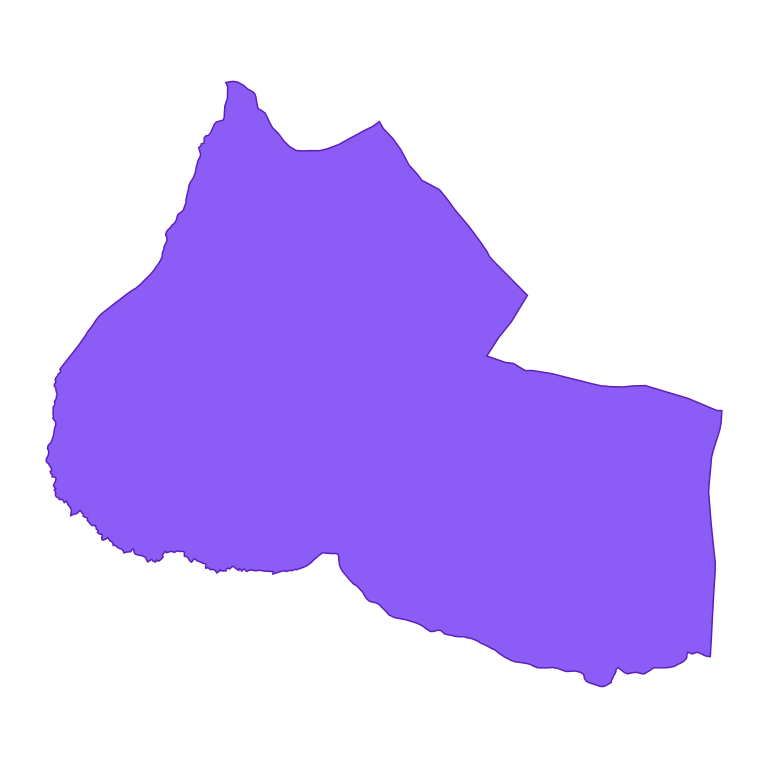 the district of Basedth, Kâmpóng Spœ, Cambodia
{"feature_id": "14789045B19080448821327", "entity_name": "Basedth", "entity_type": "district", "adm_level": 2, "iso_a3": "KHM", "parent_name": "Cambodia", "parent_adm1": "Kâmpóng Spœ", "projection": "robinson", "projection_center": [104.498, 11.199], "detail": "fine", "context": "isolated", "style": "filled", "palette": "violet", "viewbox_px": 768, "rotation_deg": 0, "n_neighbors": 0, "source": "geoboundaries", "source_scale": "gbopen_adm2", "svg_char_len": 6020}
<svg xmlns="http://www.w3.org/2000/svg" viewBox="0 0 768 768"><path d="M379.3,121.6L373.1,126.2L363.7,130.8L358.2,133.9L351.4,137.5L338.6,144.6L327.3,148.8L319.7,150.7L310.2,150.7L301.4,150.9L296.2,150.5L289.7,146.7L283.7,140.8L278.4,133.5L272.7,127.9L269.4,122.2L268.0,118.7L265.1,113.1L263.5,111.9L261.4,110.4L258.9,109.1L258.0,108.4L257.1,104.2L255.8,96.6L254.8,93.9L253.1,92.0L249.9,90.2L248.4,89.5L246.9,88.3L243.3,85.2L237.7,82.1L233.3,81.4L229.2,81.8L225.8,82.6L227.7,86.8L227.4,98.3L224.9,105.8L224.4,112.2L224.2,117.5L223.0,120.1L216.2,122.1L214.4,124.1L210.9,132.1L210.0,133.7L208.3,135.4L205.8,135.9L204.2,137.9L204.1,143.0L203.0,143.5L201.3,143.8L201.1,145.5L198.7,147.7L199.9,151.7L200.5,153.5L200.3,156.3L198.1,160.4L196.2,167.4L195.4,172.3L193.2,178.0L190.1,182.7L189.1,185.2L188.0,191.1L187.3,193.7L185.9,200.3L186.2,202.2L184.1,207.7L183.4,210.1L181.9,211.5L179.9,213.1L178.5,213.9L177.5,215.5L176.1,220.6L174.2,223.5L172.5,224.7L170.5,227.4L168.0,229.8L166.6,231.6L165.6,234.6L166.4,236.8L167.1,238.1L166.7,240.9L165.8,243.4L164.5,245.7L163.8,247.8L164.1,249.2L162.5,252.1L162.3,254.2L162.3,255.8L161.9,257.4L160.7,259.9L158.9,263.1L156.1,266.9L153.9,270.3L149.9,274.9L146.3,278.5L143.0,281.7L140.7,284.2L136.0,288.1L131.3,290.9L125.9,294.8L121.6,298.2L115.7,302.6L106.1,310.2L102.1,313.3L98.9,316.4L96.0,320.1L92.4,325.7L87.7,331.7L85.6,335.3L78.0,346.2L75.5,349.3L59.9,369.2L60.9,371.2L59.8,372.8L58.3,373.9L57.6,375.6L55.8,377.9L55.2,379.9L55.9,381.9L54.8,383.8L54.1,385.5L54.7,386.7L55.7,388.1L56.1,390.6L56.4,392.2L57.2,394.3L56.2,397.0L56.3,398.5L55.2,400.3L54.4,401.3L55.1,403.6L54.1,405.9L53.1,407.3L53.2,409.7L53.0,413.5L53.5,416.5L52.8,418.0L54.3,420.3L55.6,421.8L55.8,425.0L54.7,427.8L54.0,431.9L53.8,434.4L52.0,440.0L50.8,442.6L49.0,444.6L48.0,445.9L47.5,448.6L48.5,450.7L48.7,453.7L47.7,456.4L46.7,458.1L46.1,460.9L47.1,462.7L48.8,463.6L49.2,465.2L50.8,467.4L51.5,468.6L51.4,470.8L50.2,471.6L51.1,473.7L52.4,475.0L52.0,476.8L54.7,477.2L56.1,478.3L55.4,481.3L54.1,483.6L53.5,485.9L55.7,488.5L54.3,489.4L55.8,493.2L55.3,494.5L56.0,496.5L57.4,497.5L59.0,498.2L59.2,499.5L62.3,499.3L63.5,501.1L64.3,502.6L66.4,501.2L67.0,502.3L67.8,504.4L68.5,505.4L70.6,507.9L71.4,510.5L70.7,515.6L74.2,514.0L75.8,514.0L77.6,513.0L80.1,510.5L81.7,512.6L83.4,514.4L83.2,516.3L85.7,517.5L87.5,517.9L87.3,520.3L90.0,523.5L92.0,525.5L95.4,525.6L96.1,527.6L96.3,529.1L98.3,530.3L97.4,532.5L100.0,534.3L101.7,533.9L102.2,535.9L101.8,537.5L101.7,539.0L102.7,540.2L105.5,539.3L107.8,537.5L109.1,539.5L109.7,540.8L111.5,541.5L113.1,543.7L113.1,545.4L115.1,545.2L117.0,547.0L120.1,548.8L121.7,549.1L123.3,551.1L124.0,553.0L125.8,552.2L130.7,551.7L132.3,549.3L133.6,549.3L134.0,551.8L135.1,554.1L138.0,555.0L142.3,555.8L145.7,557.6L147.0,560.9L148.1,561.9L149.5,560.8L151.8,559.3L153.0,561.1L155.2,562.1L156.8,560.0L158.0,561.1L159.3,560.8L161.8,558.7L163.1,557.1L162.4,555.3L164.1,552.3L165.3,551.3L166.2,552.7L168.0,552.3L169.8,551.6L172.0,551.4L174.3,552.4L177.2,550.9L180.0,551.6L182.2,551.3L184.5,552.2L184.3,554.9L184.4,556.2L186.4,556.6L187.7,557.4L189.3,560.3L191.4,562.2L192.6,561.0L193.9,558.9L195.6,559.5L197.0,560.9L198.4,561.3L201.3,562.3L202.6,563.3L205.3,563.6L206.3,565.3L205.4,566.6L206.0,568.4L207.6,567.7L209.6,568.8L210.5,569.8L213.0,569.3L215.3,570.5L216.7,572.9L218.6,571.9L220.2,569.9L221.0,570.8L222.2,570.7L223.6,571.1L224.8,570.7L225.9,571.0L226.4,569.1L228.0,568.0L229.5,569.0L231.8,567.0L233.3,566.3L235.9,568.6L237.1,569.3L238.7,570.4L238.9,569.0L241.0,569.8L241.7,571.1L243.1,569.5L244.2,568.9L245.6,570.7L246.9,571.5L249.4,570.1L251.3,570.0L254.8,570.7L257.4,570.7L258.9,570.0L260.4,570.4L264.8,571.1L268.1,571.3L273.4,571.6L272.8,574.0L274.9,573.4L282.1,571.1L284.7,570.9L286.9,571.5L290.0,570.3L292.4,570.7L294.9,569.3L296.3,569.8L303.4,567.3L307.3,565.5L311.3,562.4L315.0,558.8L319.1,555.3L322.7,552.8L331.9,553.6L335.6,553.5L337.9,554.1L338.7,556.5L338.9,560.3L339.5,565.0L340.9,568.6L343.2,572.2L349.3,579.4L351.4,581.7L353.4,583.9L357.0,585.9L358.8,587.9L363.0,592.6L364.4,595.5L366.4,598.3L368.4,600.5L370.7,601.7L375.0,602.6L376.6,603.1L379.7,604.9L380.9,606.4L382.7,608.2L385.4,610.8L389.0,614.9L394.8,617.7L405.5,619.7L411.9,621.6L416.9,623.2L422.1,625.7L426.2,628.8L430.3,631.5L433.8,631.4L437.6,630.2L441.0,630.6L444.5,633.8L448.0,634.8L451.9,635.4L455.2,636.4L460.2,636.8L464.1,636.8L468.1,637.9L471.9,638.7L477.2,640.8L481.1,643.3L484.4,644.6L488.3,646.6L491.7,648.6L494.8,649.8L498.8,653.1L504.2,656.8L511.5,660.6L515.2,661.8L519.7,662.4L525.6,663.3L528.5,663.9L531.5,664.9L533.0,666.0L538.0,667.8L546.1,667.9L552.5,667.5L558.2,668.5L564.0,670.8L566.4,671.5L570.7,671.3L575.1,671.0L580.4,672.3L583.8,674.6L584.4,678.4L585.3,679.9L586.4,681.3L589.3,682.8L595.6,684.8L599.8,686.3L602.1,686.6L604.5,686.2L607.4,684.8L609.1,683.7L611.2,682.5L611.2,681.2L614.2,674.8L615.1,673.5L616.0,671.3L615.9,669.6L618.0,667.6L624.0,672.2L627.4,673.9L629.1,673.4L633.7,672.5L636.0,672.4L637.6,672.6L640.1,673.2L642.0,673.8L643.9,674.0L647.7,671.8L650.9,669.8L653.1,668.1L655.0,667.8L664.1,667.8L667.9,667.6L672.0,667.0L675.2,666.0L677.8,664.3L680.1,663.4L683.0,661.8L685.8,659.2L686.8,657.3L686.9,654.0L687.6,652.5L690.0,652.9L691.4,653.8L693.7,653.5L695.6,652.7L697.6,652.3L700.8,653.6L702.4,654.3L703.8,655.2L705.5,655.9L707.2,656.3L710.3,656.7L711.3,639.1L712.7,612.1L713.8,592.1L715.1,572.5L715.3,562.4L714.2,553.2L711.2,524.2L708.6,491.8L709.3,481.9L710.8,466.3L711.5,457.7L713.0,451.3L719.8,429.8L721.1,422.7L721.9,410.7L720.5,410.5L717.9,410.7L714.0,409.3L688.0,398.4L661.3,390.4L645.4,385.6L633.3,385.9L622.9,387.0L609.2,386.6L606.9,386.2L601.5,385.9L590.8,383.5L579.8,380.6L566.1,377.3L552.3,373.7L532.3,370.5L525.3,370.6L513.3,363.4L505.1,362.4L499.0,360.2L491.2,357.5L486.8,355.9L498.9,337.3L511.4,321.7L527.4,295.4L493.0,260.6L489.5,256.5L486.9,251.4L479.1,240.1L469.0,226.5L454.9,209.8L448.1,200.4L445.9,197.5L439.5,189.7L421.7,180.2L417.6,174.6L409.0,165.1L400.7,149.5L392.9,138.6L383.2,128.4L380.2,123.0L379.3,121.6Z" fill="#8b5cf6" stroke="#5b21b6" stroke-width="1.5"/></svg>